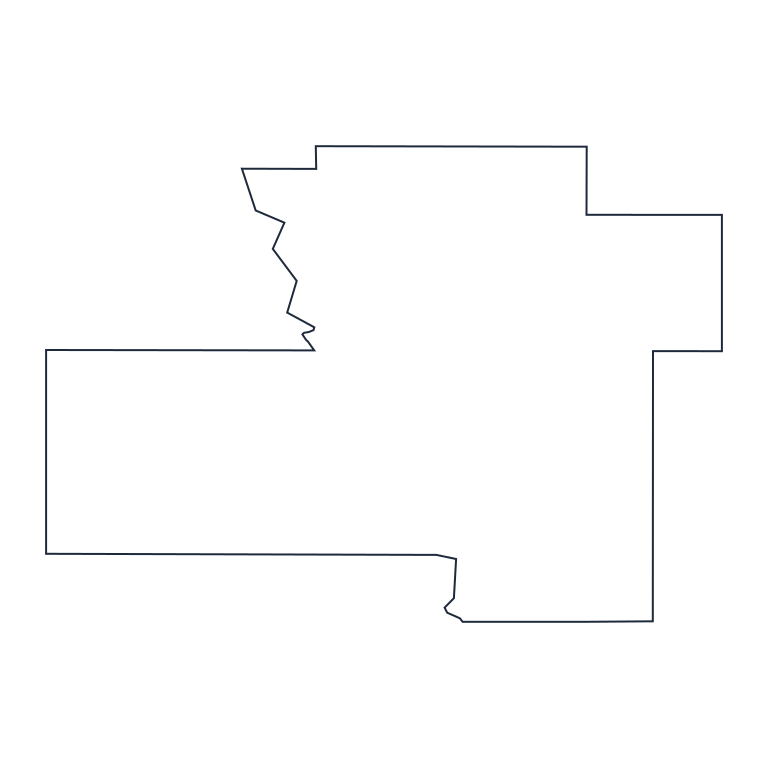 Murray, Oklahoma, United States of America
{"feature_id": "52423323B72511953258749", "entity_name": "Murray", "entity_type": "district", "adm_level": 2, "iso_a3": "USA", "parent_name": "United States of America", "parent_adm1": "Oklahoma", "projection": "mercator", "projection_center": [-97.077, 34.485], "detail": "fine", "context": "isolated", "style": "outline", "palette": "slate", "viewbox_px": 768, "rotation_deg": 0, "n_neighbors": 0, "source": "geoboundaries", "source_scale": "gbopen_adm2", "svg_char_len": 521}
<svg xmlns="http://www.w3.org/2000/svg" viewBox="0 0 768 768"><path d="M721.9,351.2L721.9,214.9L586.5,214.8L586.7,146.7L315.8,146.2L316.2,168.9L241.9,168.7L255.7,210.5L284.4,222.7L272.8,248.9L296.7,280.9L287.2,312.6L314.3,327.3L313.5,330.1L308.9,332.0L304.0,332.8L302.4,334.4L306.0,339.8L308.0,341.6L314.2,350.4L46.1,350.0L46.1,553.8L436.3,554.9L456.1,559.0L453.9,598.2L444.6,607.6L447.2,612.7L459.9,618.3L462.6,621.8L585.2,621.8L652.8,621.3L653.0,351.1L721.9,351.2Z" fill="none" stroke="#1e293b" stroke-width="2"/></svg>